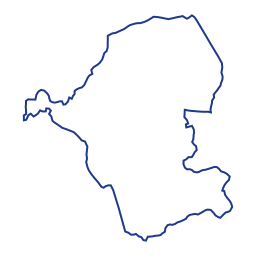 outline of Itaboraí, Rio de Janeiro, Brazil
{"feature_id": "56859067B95798270573733", "entity_name": "Itaboraí", "entity_type": "district", "adm_level": 2, "iso_a3": "BRA", "parent_name": "Brazil", "parent_adm1": "Rio de Janeiro", "projection": "equal_earth", "projection_center": [-42.864, -22.756], "detail": "fine", "context": "isolated", "style": "outline", "palette": "blue", "viewbox_px": 256, "rotation_deg": 0, "n_neighbors": 0, "source": "geoboundaries", "source_scale": "gbopen_adm2", "svg_char_len": 3009}
<svg xmlns="http://www.w3.org/2000/svg" viewBox="0 0 256 256"><path d="M112.3,33.4L107.8,35.7L107.8,39.3L107.7,43.6L107.7,47.2L106.7,51.0L104.3,53.1L103.4,56.0L102.2,59.5L99.9,62.7L97.7,64.6L93.7,67.1L91.3,70.0L92.3,73.9L89.4,75.5L87.8,77.6L86.1,81.2L84.2,85.1L81.9,87.4L79.4,88.1L76.8,89.3L74.6,91.0L74.6,94.1L73.0,95.9L71.8,98.8L69.3,97.5L67.9,101.6L65.5,104.3L63.4,104.6L62.0,101.3L59.7,101.3L57.7,102.0L55.1,102.6L52.6,102.3L50.2,101.0L49.3,98.2L48.7,95.6L47.2,93.4L44.2,90.6L41.0,89.9L38.3,91.7L36.4,94.8L35.4,99.6L32.0,99.5L28.2,99.4L26.0,100.9L26.0,103.8L25.7,106.9L26.0,109.5L26.1,114.1L23.8,115.4L23.9,120.3L26.2,119.8L27.3,117.6L28.3,115.3L30.7,113.7L33.6,116.5L35.6,115.3L37.9,113.6L40.1,110.4L42.8,111.5L45.7,111.4L46.3,108.4L49.0,108.6L50.8,110.6L49.1,114.0L51.3,116.4L52.4,120.7L54.3,122.4L56.2,123.6L59.0,125.5L62.4,127.9L64.6,128.6L67.1,129.5L69.6,130.5L73.8,132.2L76.1,134.3L78.6,136.8L81.6,140.3L85.1,141.6L86.2,144.2L87.4,146.6L87.0,149.8L86.5,154.6L87.0,158.7L86.2,162.1L87.5,167.2L88.9,170.5L92.0,175.0L94.2,177.7L98.2,182.4L101.4,186.8L103.7,187.7L105.7,186.2L108.5,185.3L110.8,185.4L113.2,190.1L115.8,198.6L116.7,201.6L118.8,208.3L121.3,217.4L125.2,231.5L128.6,232.8L130.9,234.7L133.8,234.7L135.9,233.9L138.8,236.4L141.3,237.1L143.4,240.1L145.9,240.6L147.8,236.7L151.8,236.5L155.3,235.8L158.5,235.5L160.5,235.1L162.4,233.3L164.8,231.8L165.5,227.9L167.6,225.2L169.7,224.5L172.3,224.8L174.8,224.1L177.4,222.4L180.2,221.5L183.2,220.2L186.0,218.8L187.3,216.7L189.5,215.0L191.8,214.5L195.0,213.9L197.9,214.5L201.7,212.5L205.1,210.4L207.5,209.6L210.7,209.9L213.6,212.9L215.5,215.4L218.2,217.1L220.3,217.8L223.1,214.9L225.7,212.4L227.8,212.0L230.0,210.9L232.2,206.9L231.2,203.4L229.7,200.9L227.2,197.9L225.1,194.8L224.3,191.1L222.3,190.6L223.4,187.4L224.7,184.8L226.4,182.5L228.9,180.0L229.7,176.5L227.1,174.0L224.4,172.4L221.1,171.4L219.0,168.8L216.9,167.1L214.4,166.9L210.6,168.2L207.3,169.2L205.3,169.8L203.0,170.0L201.0,170.8L198.8,172.0L196.8,172.4L193.8,171.8L191.8,169.9L189.5,169.2L187.0,169.3L184.9,167.6L183.5,164.2L183.6,160.6L186.3,159.3L188.4,157.2L191.8,157.1L193.4,154.7L194.7,152.2L196.7,150.1L196.1,146.2L193.9,144.4L192.2,142.0L193.4,138.8L193.6,135.2L194.1,132.2L193.7,129.3L192.0,125.9L186.3,127.4L185.9,124.4L188.1,123.5L187.0,120.1L184.4,117.2L184.8,109.8L188.3,110.5L190.5,110.8L198.7,111.5L201.7,111.7L205.2,111.8L208.0,111.7L210.9,112.4L210.5,109.4L211.2,105.9L211.9,103.3L212.1,100.5L214.1,97.5L213.7,94.6L215.4,92.4L217.2,90.2L218.8,87.8L220.4,85.8L221.1,82.8L222.4,79.6L222.6,76.5L221.4,72.5L222.3,67.6L221.9,63.1L218.1,56.3L211.2,44.9L209.7,42.3L207.1,37.9L202.5,30.1L196.8,20.5L194.3,17.0L191.9,15.4L188.9,17.7L186.9,18.7L182.6,16.1L179.9,16.7L177.9,17.0L175.2,17.6L172.4,18.3L168.5,19.1L165.6,18.6L163.0,18.0L160.8,17.6L157.1,17.0L153.4,16.8L151.2,18.3L148.9,19.7L147.0,20.8L144.9,21.7L142.8,22.4L140.4,23.1L137.9,23.1L134.9,23.6L130.2,25.0L127.6,26.6L124.0,29.1L120.4,30.7L117.6,32.0L115.6,32.9L112.3,33.4Z" fill="none" stroke="#1e3a8a" stroke-width="2"/></svg>